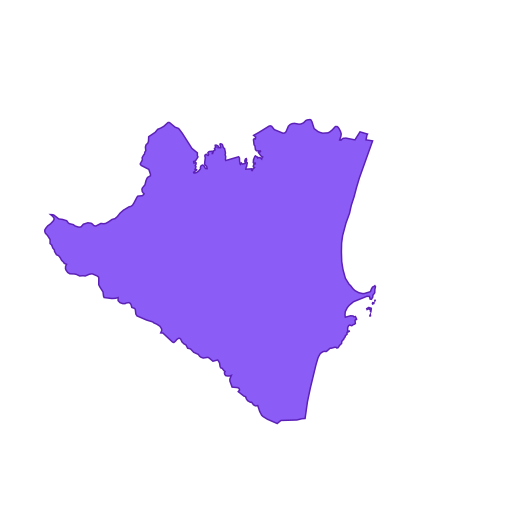 the district of Nui Thanh, Quàng Nam, Vietnam, rotated 54°
{"feature_id": "81297802B34920687321908", "entity_name": "Nui Thanh", "entity_type": "district", "adm_level": 2, "iso_a3": "VNM", "parent_name": "Vietnam", "parent_adm1": "Quàng Nam", "projection": "robinson", "projection_center": [108.549, 15.447], "detail": "fine", "context": "isolated", "style": "filled", "palette": "violet", "viewbox_px": 512, "rotation_deg": 54, "n_neighbors": 0, "source": "geoboundaries", "source_scale": "gbopen_adm2", "svg_char_len": 6149}
<svg xmlns="http://www.w3.org/2000/svg" viewBox="0 0 512 512"><g transform="rotate(54 256 256)"><path d="M101.8,397.8L104.2,397.2L106.2,397.1L107.3,397.5L107.8,398.0L108.5,399.5L109.2,403.3L109.2,406.7L109.8,409.2L110.8,411.6L112.3,412.6L113.9,413.0L116.7,412.6L121.6,412.9L124.9,415.3L126.9,414.8L130.1,415.7L132.5,415.5L133.9,416.3L137.7,416.7L139.7,415.5L142.3,415.4L145.2,415.8L148.0,415.3L149.2,415.5L151.4,414.1L152.5,416.2L154.3,417.6L155.7,418.0L158.7,418.0L160.9,417.1L163.8,413.5L165.3,412.1L168.5,410.4L170.3,407.5L171.8,405.9L172.8,401.6L174.1,399.0L178.8,396.2L180.3,395.8L181.2,396.0L186.8,400.1L189.0,400.5L195.2,400.9L198.7,402.9L200.3,403.3L205.7,397.6L207.6,394.6L208.6,392.0L211.1,393.8L213.9,393.4L216.2,391.8L217.6,389.9L217.8,388.4L219.1,386.1L220.3,385.6L221.7,385.6L224.6,386.7L226.9,385.1L228.1,385.0L232.3,387.3L234.5,387.5L243.6,382.1L248.6,378.3L250.0,378.0L252.7,376.4L256.3,375.0L259.4,375.2L260.9,376.1L262.2,378.3L263.6,376.6L276.6,374.1L277.7,373.3L277.5,370.9L277.0,369.4L277.0,367.9L277.2,366.8L277.8,366.1L279.0,365.8L281.9,366.4L284.8,365.9L286.7,364.9L290.4,365.5L292.6,363.6L297.3,363.0L301.7,360.5L304.1,360.5L305.4,360.1L307.5,358.7L309.7,354.5L310.9,353.9L315.8,352.7L317.6,348.1L320.9,348.3L324.3,350.0L325.7,350.3L327.0,349.4L330.1,349.3L331.3,348.9L332.0,350.3L333.7,350.9L335.0,350.8L336.4,349.5L337.7,347.6L338.1,346.1L340.2,349.5L341.8,350.6L348.0,352.4L351.7,348.2L353.2,347.5L354.8,348.1L355.3,350.1L362.3,348.1L363.6,347.1L366.0,347.8L368.2,347.8L371.1,346.5L371.7,345.5L374.8,345.5L376.3,344.9L377.2,344.2L378.0,342.5L384.0,344.4L388.1,345.0L389.6,344.8L394.8,342.7L404.0,337.3L403.7,332.5L412.7,319.3L414.6,314.6L416.3,311.8L404.2,300.1L394.8,289.7L379.3,271.5L374.7,265.5L373.5,263.1L372.7,261.3L372.7,258.3L373.4,256.6L374.5,255.4L374.6,254.6L374.2,250.9L374.3,250.0L374.9,249.2L376.2,245.8L377.1,244.8L378.0,244.7L378.4,243.5L377.4,240.8L377.1,238.2L375.5,236.8L375.0,234.9L375.1,234.2L374.5,233.7L373.8,231.3L373.1,230.8L372.7,228.1L371.7,227.8L371.1,226.8L371.1,226.3L371.6,226.2L371.8,224.2L370.9,225.6L369.9,225.5L367.7,223.8L366.8,222.0L367.0,220.6L368.2,220.0L368.7,219.4L368.7,217.6L369.1,216.2L369.0,215.3L366.3,213.7L366.0,212.9L366.4,212.3L366.3,211.7L363.4,211.2L362.8,212.5L361.6,212.7L360.0,214.5L358.0,219.7L355.9,218.6L353.5,216.5L351.4,212.4L350.7,209.7L350.3,204.0L353.8,189.9L355.4,188.0L358.0,189.0L358.9,188.1L357.9,185.7L356.5,184.6L355.5,181.5L352.8,179.4L351.1,177.4L349.9,177.3L349.9,179.0L349.6,179.9L350.5,182.0L351.9,184.1L352.0,184.8L350.0,190.5L349.1,191.8L346.1,194.4L342.1,196.3L339.3,196.8L335.4,196.9L333.8,197.3L326.6,196.8L318.1,193.6L311.0,190.0L302.9,184.5L295.8,179.1L290.3,173.8L282.2,163.8L276.4,155.2L271.0,149.1L265.7,141.8L259.5,134.2L253.7,126.6L231.4,94.0L226.7,98.7L223.4,95.2L222.9,94.1L216.7,98.9L220.2,107.7L213.5,113.9L212.0,116.4L212.0,118.5L212.3,119.2L211.3,120.2L208.9,116.8L207.3,115.3L205.2,114.5L202.2,114.0L200.2,113.9L198.9,114.3L197.9,115.7L198.8,120.1L199.0,123.7L198.6,125.5L195.9,129.8L193.9,131.4L191.8,132.7L187.1,134.1L180.2,131.8L178.0,131.6L177.3,132.2L176.0,134.6L175.7,136.1L176.2,139.3L175.6,142.1L174.6,143.8L171.3,146.9L170.2,148.9L169.7,150.9L170.0,153.5L173.1,158.6L173.3,160.3L173.0,161.3L172.2,162.2L164.5,166.9L160.2,167.1L159.1,167.9L158.6,169.0L157.7,181.1L157.0,187.0L159.5,186.3L160.9,187.7L160.0,188.5L160.4,189.7L164.9,192.2L166.4,192.2L169.5,193.9L171.1,193.8L173.6,190.7L174.0,190.8L174.2,191.6L173.2,192.7L173.6,193.2L178.1,193.1L179.8,192.4L179.9,193.3L180.9,194.4L179.1,194.8L177.9,195.8L177.8,197.0L176.4,196.8L176.1,197.2L174.7,197.6L174.7,198.3L176.6,201.4L178.8,203.3L179.8,203.3L180.1,202.1L181.0,202.4L180.6,203.6L181.2,204.8L182.1,205.7L183.6,205.2L183.9,207.9L184.7,208.7L184.5,209.1L183.9,209.1L182.9,208.3L179.8,213.2L178.3,211.7L177.7,210.4L176.9,210.1L176.2,208.9L175.1,208.2L173.8,208.8L172.9,207.1L171.5,206.6L171.3,207.4L172.2,208.9L173.2,209.6L174.4,209.9L174.8,210.3L173.6,213.0L172.1,213.2L172.8,214.7L172.1,214.8L169.1,213.2L167.1,211.8L165.5,211.7L161.0,224.3L160.1,224.1L157.7,222.0L156.0,221.5L154.8,220.2L150.7,218.3L149.0,218.7L146.5,217.8L145.7,217.8L144.4,218.6L144.3,219.4L147.3,220.6L147.6,221.0L146.0,223.0L145.2,221.9L143.2,222.7L142.4,223.8L142.9,224.4L144.3,224.3L144.6,226.4L146.1,226.7L146.0,228.5L147.6,230.9L147.4,231.2L146.1,229.9L145.5,229.8L144.1,232.2L143.9,233.2L144.3,234.4L145.9,234.6L146.6,235.4L146.2,236.0L144.4,236.5L144.4,238.0L145.0,238.6L146.7,239.3L151.3,243.5L152.5,243.6L154.7,243.3L156.6,244.2L155.6,245.4L151.9,245.2L150.9,245.9L150.8,247.6L151.5,248.8L152.8,249.5L153.6,252.7L153.6,254.7L152.9,256.9L152.1,257.5L151.6,257.3L151.5,253.3L151.1,253.3L150.7,254.3L150.2,254.5L148.5,252.1L147.3,252.2L146.7,250.9L145.5,249.7L144.9,249.8L144.5,251.6L143.2,251.2L142.9,250.9L143.4,249.5L143.3,248.7L141.9,245.0L141.5,244.6L140.4,244.5L138.1,242.8L131.2,244.6L113.3,243.5L108.1,243.6L107.1,243.8L104.3,245.7L97.3,247.5L96.7,248.0L96.3,248.8L96.9,254.3L96.5,258.1L95.7,261.0L96.7,264.9L96.4,272.7L100.0,275.6L101.1,277.2L101.4,279.5L102.8,281.4L106.0,283.3L106.6,284.8L108.1,286.5L108.2,287.5L109.5,290.3L111.5,291.5L113.5,295.6L115.2,295.7L122.9,291.8L127.8,293.3L129.1,294.3L128.7,297.1L129.0,298.4L130.5,300.9L133.1,303.9L134.2,308.0L135.0,309.1L136.9,310.1L138.5,310.2L139.7,309.9L140.2,310.5L140.4,312.5L138.1,316.4L138.4,317.6L141.5,323.9L142.3,326.0L142.4,327.3L142.2,328.6L141.6,329.6L141.0,336.2L141.4,340.7L142.6,344.9L142.9,348.1L141.8,351.0L141.7,355.1L141.3,358.5L140.2,360.5L138.5,362.3L137.6,368.0L136.1,369.3L133.6,369.7L132.5,370.2L130.3,372.5L128.8,377.0L129.6,380.3L128.9,381.9L127.9,382.9L125.4,384.7L123.2,385.4L120.1,388.0L119.0,388.4L116.2,388.4L112.6,391.1L110.2,393.7L104.0,395.5L102.9,396.4L101.8,397.8ZM366.0,194.5L365.7,193.7L363.9,195.0L363.7,197.4L364.6,197.6L364.6,196.2L366.7,195.2L367.2,195.2L368.2,196.0L368.6,195.8L366.6,193.9L366.2,194.6L366.0,194.5ZM363.4,189.9L363.7,188.6L363.1,188.0L362.3,189.0L362.9,189.8L363.4,189.9ZM371.6,199.1L371.7,198.5L370.6,197.9L371.3,199.1L371.6,199.1ZM362.2,186.1L361.7,185.1L361.7,185.9L362.2,186.4L362.8,186.4L362.2,186.1Z" fill="#8b5cf6" stroke="#5b21b6" stroke-width="1.5"/></g></svg>